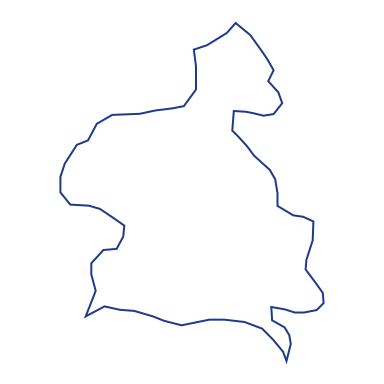 Kampyli, Cyprus
{"feature_id": "46923920B20752671423120", "entity_name": "Kampyli", "entity_type": "district", "adm_level": 2, "iso_a3": "CYP", "parent_name": "Cyprus", "parent_adm1": "", "projection": "albers", "projection_center": [33.105, 35.307], "detail": "fine", "context": "isolated", "style": "outline", "palette": "blue", "viewbox_px": 384, "rotation_deg": 0, "n_neighbors": 0, "source": "geoboundaries", "source_scale": "gbopen_adm2", "svg_char_len": 1087}
<svg xmlns="http://www.w3.org/2000/svg" viewBox="0 0 384 384"><path d="M286.5,361.0L290.8,343.8L289.3,335.2L284.6,327.4L272.1,320.3L271.3,307.0L284.6,309.3L294.7,312.5L304.1,312.5L316.6,310.1L323.6,303.1L322.8,292.9L316.6,284.2L305.6,269.4L306.4,259.9L312.7,240.3L313.4,221.5L303.3,216.8L293.1,215.3L277.5,205.9L277.5,193.3L275.2,179.2L269.7,169.8L262.7,163.5L254.1,155.7L247.1,146.3L239.3,137.7L232.3,130.6L233.8,111.0L246.3,111.8L254.1,113.4L263.5,115.7L273.6,114.1L282.2,103.2L278.3,92.2L268.2,81.2L273.6,70.3L267.4,59.3L260.4,49.1L250.2,35.0L235.6,23.0L226.8,33.0L207.0,45.2L193.8,49.6L196.0,66.2L196.0,89.5L183.9,106.1L172.8,108.3L155.2,110.5L139.8,113.8L112.2,114.9L96.8,123.8L88.0,140.4L76.9,144.8L64.8,163.6L60.4,176.9L60.4,192.4L70.3,204.6L89.1,205.7L100.1,209.0L113.3,217.9L124.3,225.6L123.2,236.7L116.6,248.9L103.4,250.0L91.3,263.3L91.3,274.3L95.7,290.9L85.7,316.4L104.5,306.4L119.9,309.8L134.2,310.9L153.0,316.4L164.0,320.8L181.6,325.3L209.2,319.7L224.6,319.7L244.5,322.0L262.1,328.6L273.1,339.7L283.1,351.8L286.5,361.0Z" fill="none" stroke="#1e3a8a" stroke-width="2"/></svg>